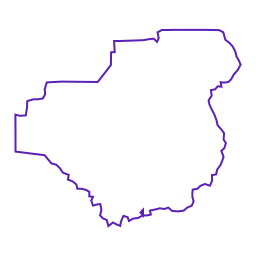 Forquilhinha, Santa Catarina, Brazil (orthographic projection)
{"feature_id": "56859067B16850363929127", "entity_name": "Forquilhinha", "entity_type": "district", "adm_level": 2, "iso_a3": "BRA", "parent_name": "Brazil", "parent_adm1": "Santa Catarina", "projection": "orthographic", "projection_center": [-49.484, -28.785], "detail": "fine", "context": "isolated", "style": "outline", "palette": "violet", "viewbox_px": 256, "rotation_deg": 0, "n_neighbors": 0, "source": "geoboundaries", "source_scale": "gbopen_adm2", "svg_char_len": 1653}
<svg xmlns="http://www.w3.org/2000/svg" viewBox="0 0 256 256"><path d="M157.6,32.3L158.7,38.2L157.0,41.9L153.8,38.7L149.5,39.1L143.1,40.2L120.1,41.0L114.1,41.0L114.7,52.1L111.1,52.3L110.9,65.1L97.7,82.0L61.6,81.6L46.8,82.4L44.7,89.3L45.2,94.2L42.8,98.5L37.7,99.3L33.3,99.3L27.3,101.1L26.9,108.5L25.8,115.4L20.0,115.8L15.4,114.7L15.5,133.9L15.5,151.6L44.6,155.2L48.5,159.9L51.3,163.3L56.4,164.8L59.9,168.2L62.9,172.7L68.7,174.9L67.9,179.6L72.5,181.3L76.4,184.5L77.3,188.7L81.8,188.8L86.3,190.0L89.3,191.9L89.3,196.4L93.0,196.8L91.3,200.5L93.0,205.6L96.8,204.5L100.3,204.1L101.4,209.9L100.1,215.4L102.9,218.4L106.7,219.9L108.4,226.1L113.0,222.5L116.7,224.5L120.2,225.9L120.9,221.8L123.4,215.9L127.6,217.1L129.0,221.0L133.1,218.6L137.9,218.0L143.0,215.4L147.3,215.4L150.8,214.6L149.9,210.6L154.7,209.6L159.8,208.3L164.5,209.0L168.2,207.6L172.1,210.9L177.7,211.4L183.6,210.7L187.1,207.7L191.8,205.6L193.6,201.3L192.5,197.5L192.3,193.6L192.7,189.6L197.3,188.8L200.5,185.8L204.9,184.0L209.9,185.7L212.1,180.8L212.0,175.1L216.1,174.4L217.2,169.5L220.4,165.2L222.1,161.2L223.6,156.7L221.3,150.9L224.3,148.2L225.9,143.1L223.6,139.6L224.1,133.2L221.0,129.1L217.6,125.3L216.5,120.2L214.2,114.1L211.7,109.5L209.4,104.4L208.6,100.3L211.7,95.6L210.9,90.1L215.2,89.3L217.7,86.3L221.4,86.7L220.6,82.2L224.2,82.6L228.3,82.0L231.1,79.4L233.7,74.6L237.6,70.2L240.6,64.7L238.8,60.4L236.6,56.8L235.4,51.9L232.8,46.5L229.6,43.1L225.3,39.7L223.3,32.3L219.1,30.1L207.0,29.9L202.4,29.9L195.9,29.9L183.4,29.9L179.3,29.9L175.7,29.9L171.8,29.9L166.5,30.0L161.9,30.0L157.6,32.3ZM143.0,215.4L140.5,212.5L143.0,209.8L143.0,215.4Z" fill="none" stroke="#5b21b6" stroke-width="2"/></svg>